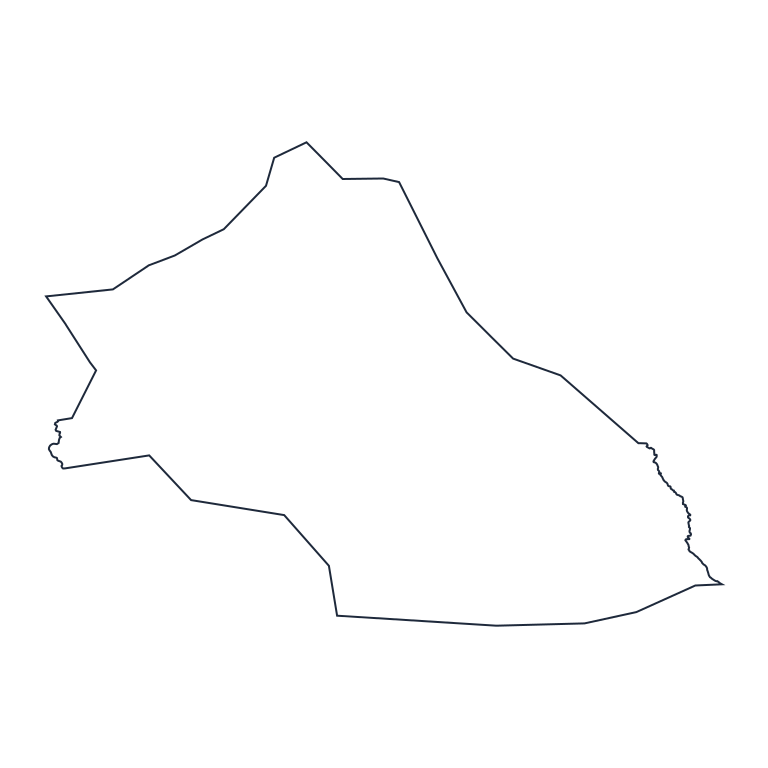 Xashaat, Arhangay, Mongolia (Natural Earth projection)
{"feature_id": "93677404B90881349720721", "entity_name": "Xashaat", "entity_type": "district", "adm_level": 2, "iso_a3": "MNG", "parent_name": "Mongolia", "parent_adm1": "Arhangay", "projection": "natural_earth1", "projection_center": [103.458, 47.476], "detail": "fine", "context": "isolated", "style": "outline", "palette": "slate", "viewbox_px": 768, "rotation_deg": 0, "n_neighbors": 0, "source": "geoboundaries", "source_scale": "gbopen_adm2", "svg_char_len": 4682}
<svg xmlns="http://www.w3.org/2000/svg" viewBox="0 0 768 768"><path d="M721.9,584.3L720.1,583.3L719.0,582.4L718.7,582.1L718.0,581.7L717.5,581.2L717.0,581.3L716.1,581.1L715.4,580.9L714.2,580.2L711.9,578.7L711.0,577.8L710.0,577.2L709.4,576.2L709.0,575.6L708.8,575.1L708.5,574.1L708.3,573.2L708.0,572.3L707.7,571.2L707.4,570.6L707.2,569.9L707.1,569.2L707.1,568.5L707.0,568.2L706.8,567.7L706.6,567.3L706.4,566.9L706.0,566.5L705.8,566.1L705.4,565.7L705.0,565.3L704.4,564.9L703.8,564.6L703.5,564.4L703.0,563.8L702.6,563.4L702.2,563.0L702.0,562.7L701.9,562.4L701.8,562.0L701.0,561.0L700.5,560.4L700.1,560.1L699.9,559.8L699.3,559.2L698.5,558.5L698.0,557.9L697.5,557.2L696.4,556.4L695.7,556.0L694.4,554.8L693.5,553.8L692.8,553.3L691.9,552.7L691.2,552.3L690.3,551.8L689.6,551.3L689.4,550.9L689.3,550.4L689.0,550.1L688.6,549.7L688.5,549.4L688.7,548.9L689.0,548.0L689.1,547.4L688.9,547.0L688.7,546.5L688.6,545.9L688.5,545.1L688.1,544.3L687.8,543.9L687.5,543.2L686.8,542.3L686.3,541.4L685.8,540.9L685.4,540.3L685.6,539.7L686.2,539.2L687.7,539.2L689.3,539.1L689.4,538.9L689.0,538.3L688.4,537.9L688.0,537.4L687.8,537.0L687.7,536.6L687.8,536.2L688.3,535.9L689.1,535.8L690.0,535.7L690.5,535.6L690.7,535.1L690.9,534.8L691.0,534.4L690.9,533.9L690.8,533.4L690.5,533.1L690.1,532.9L689.9,532.6L689.6,532.1L689.5,531.7L689.5,530.9L689.8,530.0L689.9,529.2L690.0,528.6L690.0,528.2L689.7,527.9L689.4,527.5L689.0,527.2L688.9,526.9L689.1,526.2L689.1,525.7L688.8,525.0L688.7,524.2L688.4,522.9L688.4,522.3L688.7,521.9L689.4,521.2L690.1,520.6L690.3,520.2L690.3,519.9L690.1,519.4L689.6,518.7L689.1,518.3L688.5,517.9L688.1,517.5L688.0,517.0L688.0,516.4L688.2,516.0L688.5,515.7L689.0,515.4L690.2,515.3L690.3,514.9L690.0,514.5L689.5,514.0L688.7,513.5L688.2,513.0L687.6,512.2L687.3,511.6L687.0,511.1L686.9,510.8L686.8,510.3L686.8,509.7L687.0,508.9L687.0,508.0L686.6,507.4L686.2,507.2L685.8,507.0L685.4,506.8L685.2,506.7L685.2,506.4L685.2,506.1L685.4,505.9L685.8,505.8L685.9,505.5L685.8,505.3L685.5,505.1L685.0,504.8L683.0,504.1L682.9,502.8L683.3,501.4L683.2,500.5L682.9,499.3L682.8,498.2L682.5,497.3L681.5,496.6L680.7,496.4L680.2,496.2L679.7,495.7L679.0,495.3L678.2,495.1L677.6,494.9L677.0,494.7L676.7,494.5L676.4,494.1L676.2,493.6L675.9,493.0L675.6,492.6L675.2,492.2L674.8,492.0L674.4,492.0L674.1,491.8L674.1,491.3L673.9,490.6L673.3,490.5L672.9,490.3L672.6,490.0L672.2,489.6L671.7,489.2L671.3,489.1L671.0,488.8L670.7,488.3L670.7,487.9L670.6,487.3L670.5,486.7L670.2,486.4L669.5,486.3L668.7,486.1L668.1,485.7L667.8,485.0L667.6,484.2L667.3,483.5L666.9,483.0L666.4,482.5L665.8,482.2L665.3,481.9L664.4,481.1L663.9,480.4L663.6,480.2L663.5,479.9L663.4,479.6L662.8,478.6L662.5,477.7L662.1,476.9L661.7,476.5L661.2,475.9L660.9,475.5L660.5,475.1L660.4,474.8L660.3,474.5L660.4,474.2L660.6,473.9L660.9,473.7L660.9,473.4L660.7,473.2L660.4,473.2L659.9,473.6L659.4,473.9L659.1,473.8L658.9,473.5L658.9,473.1L659.2,472.2L659.3,471.7L659.0,471.1L658.4,470.3L658.0,470.0L657.9,469.5L657.8,469.0L658.1,468.0L658.2,467.1L658.0,466.7L657.5,465.5L657.1,464.4L656.2,463.3L655.8,462.9L655.3,462.6L654.7,462.4L654.1,462.3L653.7,462.1L653.5,461.8L653.5,461.2L653.9,460.7L654.2,460.0L655.1,458.6L656.0,457.6L656.5,457.0L656.7,456.3L656.7,455.6L656.7,455.2L656.6,454.9L656.3,454.8L655.8,454.8L655.2,455.0L654.7,455.0L654.4,454.8L654.3,454.4L654.3,453.0L654.1,451.9L654.2,451.2L654.1,450.0L653.8,449.6L653.5,449.3L653.0,449.1L652.4,448.8L652.0,448.5L651.5,448.2L651.2,447.9L650.9,447.8L650.6,447.9L650.2,448.2L649.8,448.4L649.4,448.3L648.9,448.0L648.3,447.7L647.7,447.3L646.9,446.9L646.6,446.5L646.8,446.1L647.2,445.7L647.6,445.2L647.5,444.8L647.2,444.3L646.9,443.8L646.4,443.4L640.5,443.2L638.4,443.2L560.6,375.4L513.1,358.6L491.0,336.7L478.7,324.4L466.6,312.4L437.3,258.2L399.1,182.1L383.2,178.5L342.7,179.0L325.2,161.2L316.1,152.0L306.5,142.3L274.2,157.7L266.0,185.8L223.8,229.2L223.4,229.4L203.0,239.2L202.4,239.5L174.8,255.5L148.6,265.4L148.1,265.8L112.9,289.4L46.1,296.4L65.6,324.2L66.1,325.1L90.0,362.4L96.1,370.4L72.0,418.1L57.9,420.4L58.1,421.2L57.5,421.8L55.3,422.9L54.9,424.4L56.7,425.6L57.0,426.3L55.6,429.8L56.2,430.9L60.0,432.0L60.1,432.8L59.5,434.0L59.4,435.5L60.9,437.0L59.7,437.9L59.0,439.9L58.6,443.0L56.9,444.1L53.7,443.7L52.5,444.0L51.5,444.5L50.1,445.6L49.2,447.2L49.0,447.9L48.9,449.1L49.6,450.5L50.7,451.9L51.2,453.3L51.8,455.0L52.9,456.4L54.5,457.3L56.1,457.6L56.9,458.0L57.2,459.3L57.4,460.2L58.1,460.7L60.7,461.6L61.3,462.2L61.8,462.9L62.3,464.0L62.2,464.9L62.0,465.3L61.5,466.0L61.8,466.9L62.3,467.8L63.1,468.5L65.0,468.4L149.2,455.4L190.9,499.9L191.1,500.1L284.2,515.1L328.9,565.8L337.1,615.7L496.4,625.7L546.1,624.4L584.5,623.4L636.3,612.1L695.3,585.5L721.9,584.3Z" fill="none" stroke="#1e293b" stroke-width="2"/></svg>